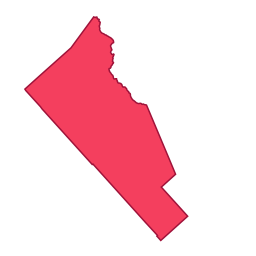 the district of Lander, Nevada, United States of America, rotated 138°
{"feature_id": "52423323B98901658080705", "entity_name": "Lander", "entity_type": "district", "adm_level": 2, "iso_a3": "USA", "parent_name": "United States of America", "parent_adm1": "Nevada", "projection": "equal_earth", "projection_center": [-117.527, 40.047], "detail": "fine", "context": "isolated", "style": "filled", "palette": "rose", "viewbox_px": 256, "rotation_deg": 138, "n_neighbors": 0, "source": "geoboundaries", "source_scale": "gbopen_adm2", "svg_char_len": 2358}
<svg xmlns="http://www.w3.org/2000/svg" viewBox="0 0 256 256"><g transform="rotate(138 128 128)"><path d="M178.9,22.5L142.7,22.5L142.8,61.8L123.6,61.8L119.1,74.6L98.9,132.7L99.1,133.0L99.7,133.8L100.2,134.5L100.7,135.7L101.7,136.1L101.9,137.6L102.5,138.3L103.3,138.7L104.0,139.3L104.4,140.1L104.8,140.9L105.0,141.4L105.0,142.1L105.1,142.9L105.2,143.7L105.4,144.7L105.6,145.2L105.6,146.0L105.6,146.8L105.4,147.7L105.3,148.6L105.0,149.3L104.7,150.2L103.8,151.3L103.4,152.1L103.5,153.0L103.8,153.6L103.3,154.3L103.4,155.9L103.4,156.8L103.2,157.4L102.8,158.1L102.8,158.9L102.8,159.6L102.8,160.4L103.1,160.7L103.6,161.3L104.0,161.4L104.2,161.7L104.4,162.3L104.2,162.9L103.9,163.7L103.5,164.5L103.7,165.0L103.5,165.7L103.9,166.4L104.3,167.1L105.0,167.8L105.2,168.2L105.1,168.9L104.8,169.2L104.7,169.9L104.2,170.7L104.2,171.4L103.9,171.9L103.6,172.3L104.1,172.7L104.4,173.0L105.1,173.4L105.5,173.7L105.5,174.4L105.4,174.8L104.9,175.6L104.5,176.3L104.3,176.8L104.1,177.4L104.2,177.8L104.3,178.7L104.2,179.6L104.0,180.3L104.0,181.0L104.0,181.4L103.8,182.3L103.7,183.0L103.2,183.4L103.0,184.2L102.7,184.6L102.2,184.8L101.2,184.3L100.4,184.4L99.9,184.7L99.4,185.2L98.4,185.4L97.2,185.5L96.4,186.1L95.6,186.0L95.2,186.2L94.9,186.5L94.9,186.9L95.0,187.4L94.9,188.0L94.4,188.3L93.9,188.7L93.8,189.0L93.5,189.3L93.2,189.3L92.6,189.6L92.3,190.6L91.7,190.9L91.2,190.8L90.7,191.4L90.1,191.5L89.4,191.9L89.2,192.1L89.2,192.5L89.3,192.7L89.9,192.8L90.4,193.1L90.8,193.7L90.6,194.4L90.5,195.1L90.3,195.9L89.6,196.4L88.9,196.6L88.0,196.7L87.5,197.1L87.5,197.8L87.0,198.3L86.9,198.8L86.7,199.4L86.5,199.9L86.1,200.6L85.7,201.0L84.9,201.1L84.2,201.3L83.2,201.5L81.9,201.3L81.7,201.1L81.2,201.4L81.0,201.8L80.4,202.8L80.2,204.4L80.4,205.1L80.4,206.2L80.7,207.2L81.1,208.2L81.4,209.5L81.9,210.5L81.9,211.4L82.7,212.6L82.9,213.9L83.3,214.8L83.9,216.1L84.0,217.3L83.7,218.7L83.6,219.5L83.1,220.3L82.5,220.6L81.8,221.8L81.1,223.1L80.1,223.4L78.8,224.5L78.0,225.1L77.8,226.3L78.1,226.8L77.7,227.3L77.4,227.7L76.9,227.8L76.9,228.5L77.4,228.7L77.6,229.7L77.4,230.4L77.1,230.7L76.9,231.2L77.3,231.6L77.5,231.8L77.9,231.9L78.2,232.0L78.5,232.2L78.7,232.5L78.8,232.7L79.0,233.3L79.1,233.5L116.7,225.7L159.4,225.9L178.6,225.9L178.9,224.3L178.8,202.4L179.1,199.7L179.0,124.8L178.2,124.6L178.2,45.9L178.0,28.4L178.9,28.3L178.9,22.5Z" fill="#f43f5e" stroke="#9f1239" stroke-width="1.5"/></g></svg>